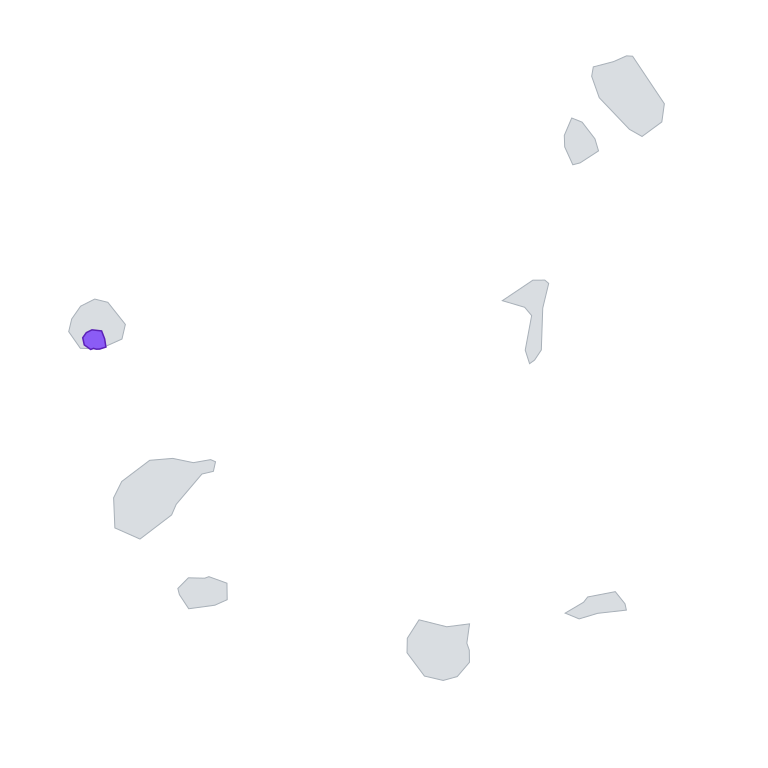 Santa Catarina do Fogo highlighted on a map of Cabo Verde, rotated 84°
{"feature_id": "CPV-5044", "entity_name": "Santa Catarina do Fogo", "entity_type": "state/province", "adm_level": 1, "iso_a3": "CPV", "parent_name": "Cabo Verde", "parent_adm1": "", "projection": "robinson", "projection_center": [-24.332, 14.912], "detail": "fine", "context": "in_parent", "style": "filled", "palette": "violet", "viewbox_px": 768, "rotation_deg": 84, "n_neighbors": 0, "source": "natural_earth", "source_scale": "10m", "svg_char_len": 1432}
<svg xmlns="http://www.w3.org/2000/svg" viewBox="0 0 768 768"><g transform="rotate(84 384 384)"><path d="M512.7,642.9L499.0,666.7L468.9,664.8L453.5,655.0L435.4,625.0L435.9,601.9L442.3,581.8L441.1,564.3L443.7,559.7L453.0,562.8L454.5,574.5L481.9,603.2L492.0,608.9L512.7,642.9ZM121.8,140.0L99.7,145.3L90.5,142.7L87.4,122.1L83.0,108.5L84.0,102.5L134.6,75.9L152.4,80.3L164.8,101.5L156.4,113.3L121.8,140.0ZM631.5,324.0L650.4,328.7L657.6,327.0L669.7,328.1L682.6,341.7L685.0,356.1L678.7,374.3L653.7,389.2L639.3,387.4L622.2,373.8L632.0,347.0L631.5,324.0ZM316.7,682.3L299.0,692.1L286.7,687.8L274.9,677.6L269.3,662.8L273.9,650.1L297.7,635.0L311.9,639.9L319.5,663.3L316.7,682.3ZM366.6,224.0L375.9,231.7L379.0,237.1L365.1,240.0L331.4,230.0L322.4,236.1L313.5,257.6L296.3,225.1L297.5,213.2L301.2,209.7L325.1,218.2L366.6,224.0ZM572.1,609.5L565.8,610.4L556.3,598.8L558.4,582.6L557.3,578.3L565.7,561.0L582.1,562.5L586.3,575.3L587.1,601.7L572.1,609.5ZM185.7,173.3L167.1,179.5L155.6,178.7L139.1,169.5L144.3,159.6L162.2,148.6L174.6,146.3L184.6,165.9L185.7,173.3ZM638.0,214.5L630.8,227.8L621.9,208.3L617.1,203.7L614.7,175.7L627.8,167.3L634.2,166.6L634.4,195.6L638.0,214.5Z" fill="#d9dde1" stroke="#a8b0b8" stroke-width="1"/><path d="M318.2,656.7L319.5,663.0L319.3,666.4L318.2,669.2L319.0,672.1L313.8,678.0L306.5,678.8L301.8,674.7L299.6,668.8L300.7,663.8L301.7,659.3L309.9,657.1L318.2,656.7Z" fill="#8b5cf6" stroke="#5b21b6" stroke-width="1.5"/></g></svg>